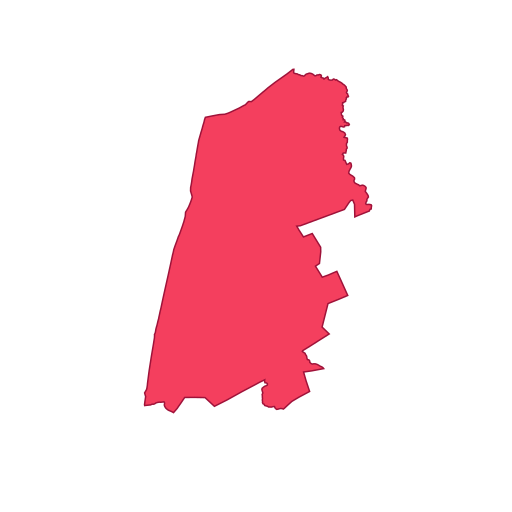 the district of Kapseret, Rift Valley, Kenya, rotated 43°
{"feature_id": "3690345B11020389245436", "entity_name": "Kapseret", "entity_type": "district", "adm_level": 2, "iso_a3": "KEN", "parent_name": "Kenya", "parent_adm1": "Rift Valley", "projection": "orthographic", "projection_center": [35.238, 0.421], "detail": "fine", "context": "isolated", "style": "filled", "palette": "rose", "viewbox_px": 512, "rotation_deg": 43, "n_neighbors": 0, "source": "geoboundaries", "source_scale": "gbopen_adm2", "svg_char_len": 5546}
<svg xmlns="http://www.w3.org/2000/svg" viewBox="0 0 512 512"><g transform="rotate(43 256 256)"><path d="M304.4,140.5L303.3,141.3L302.6,142.1L301.4,143.1L300.3,142.7L299.7,141.3L299.5,140.0L298.6,139.2L298.2,137.8L298.0,136.2L296.9,135.4L295.7,135.0L294.0,134.6L292.0,134.3L291.2,133.1L290.6,131.8L290.0,131.0L289.1,130.7L287.8,130.7L286.3,131.1L285.4,131.7L284.7,132.9L283.8,134.0L282.4,133.9L281.5,134.4L280.4,134.6L279.1,135.1L277.6,135.0L276.3,134.3L275.6,132.4L274.6,131.6L273.5,131.6L272.3,131.6L270.5,132.0L268.9,132.3L267.3,132.2L266.2,130.5L265.5,128.1L265.2,126.6L264.5,125.1L263.1,124.0L262.1,123.4L261.0,123.8L260.8,125.6L259.9,127.1L258.2,126.4L255.9,125.4L254.6,126.1L253.7,125.3L252.2,123.2L251.0,122.7L249.9,122.8L249.6,121.3L250.4,120.3L251.4,119.5L250.6,118.2L250.1,117.3L249.2,116.3L249.1,115.0L248.3,114.2L247.3,113.9L246.4,113.1L245.5,112.1L245.2,110.5L244.0,109.2L243.4,108.3L242.4,107.5L241.4,108.0L240.3,108.7L239.4,109.1L239.2,107.8L238.8,106.3L237.1,105.5L235.6,105.7L234.5,105.9L233.7,106.5L232.5,106.7L231.5,106.8L230.5,106.2L229.7,105.5L229.2,104.3L229.6,103.3L230.6,102.7L231.9,102.1L232.6,101.1L232.0,100.1L233.1,99.0L233.8,98.1L234.6,97.5L234.7,96.3L233.5,95.8L232.4,96.0L231.6,96.8L230.1,96.8L229.3,97.6L228.9,96.5L228.0,96.0L226.8,96.9L226.1,95.9L224.6,95.7L224.2,94.5L222.8,94.7L221.6,93.9L220.4,92.9L221.0,92.0L220.9,90.5L220.2,89.4L218.9,88.5L217.9,87.6L217.5,86.7L216.4,86.9L215.8,86.0L214.8,84.8L215.5,84.1L215.5,83.0L216.1,81.9L215.2,80.6L214.9,79.4L214.1,78.7L214.0,77.7L214.8,77.1L214.7,76.1L213.4,75.7L212.6,75.0L211.4,75.1L210.5,74.6L210.1,72.9L209.1,72.2L207.9,72.0L206.7,70.9L205.5,70.8L204.0,70.7L202.4,71.0L201.0,71.0L199.8,71.2L198.5,71.5L197.3,71.9L195.8,72.1L194.7,72.1L194.1,73.1L192.9,73.2L191.9,73.8L191.8,75.2L190.9,76.3L189.6,77.2L188.4,77.5L187.4,76.5L186.1,76.0L185.8,77.4L185.3,78.7L185.0,80.2L183.8,80.0L182.8,80.6L181.5,80.9L181.1,79.7L179.9,79.3L178.7,79.9L178.1,81.1L177.1,82.0L176.9,83.2L176.3,84.0L174.8,84.2L173.5,84.3L172.2,84.7L171.1,85.3L170.2,86.0L169.6,87.2L168.7,88.7L168.5,89.9L168.6,91.0L168.2,92.0L166.7,92.6L165.9,93.4L164.6,93.6L163.3,94.4L161.9,94.7L160.8,95.5L159.3,96.3L158.3,96.1L157.4,94.9L156.4,93.6L155.7,94.3L154.5,101.7L153.3,107.5L151.8,114.6L151.6,115.6L151.4,116.7L150.2,124.0L150.0,125.2L149.9,126.5L149.5,130.0L149.3,131.0L149.2,132.1L148.8,135.4L147.9,143.1L147.3,146.3L145.4,147.8L145.1,149.0L145.1,150.7L145.1,152.7L144.5,154.1L143.7,156.5L143.3,157.8L142.8,159.3L139.3,168.0L138.7,169.4L138.1,170.7L136.5,173.6L132.9,177.4L132.0,178.6L128.1,183.9L124.4,189.1L125.4,191.4L126.3,192.9L127.0,194.2L127.7,195.7L128.7,197.7L129.5,199.1L130.0,200.1L130.9,201.9L131.7,203.6L132.2,204.5L135.0,210.0L135.6,211.1L136.2,211.9L138.3,215.2L140.0,217.8L140.8,219.0L142.0,220.8L142.5,221.7L143.2,222.7L144.4,224.4L144.9,225.2L145.8,226.6L147.1,228.6L149.7,232.4L150.2,233.2L150.8,234.1L152.2,236.2L152.8,237.1L153.4,238.1L156.7,243.3L158.3,245.5L159.1,246.7L159.9,247.9L161.5,250.5L163.0,252.2L163.8,253.1L165.7,254.2L168.4,255.8L169.3,256.6L170.5,259.1L171.4,261.2L171.8,262.2L172.3,263.5L173.3,266.2L174.0,269.0L174.6,272.0L177.2,275.2L178.2,277.0L178.7,278.0L179.9,280.2L180.7,282.0L181.6,283.9L183.9,289.2L185.1,292.0L185.7,293.6L186.0,294.7L187.6,298.3L189.6,303.1L190.2,304.5L190.9,306.0L191.4,307.2L192.5,309.0L193.5,310.7L194.1,311.9L194.9,313.2L199.1,320.2L202.6,326.1L204.9,330.0L211.4,341.1L216.0,348.9L218.8,353.6L222.0,358.9L223.8,362.1L226.1,365.9L226.6,366.8L227.4,368.0L228.6,370.3L230.2,373.1L231.0,374.5L231.5,375.6L232.7,377.8L234.5,380.5L235.0,381.7L235.3,382.7L236.1,383.4L237.6,385.2L241.3,390.7L243.6,394.2L247.9,400.7L251.9,406.6L255.7,412.2L257.6,414.9L263.7,423.4L264.6,424.5L265.9,426.4L266.6,427.5L267.1,428.6L267.9,432.1L271.2,434.1L272.0,435.3L273.0,436.7L273.8,437.9L274.9,439.4L275.7,440.6L276.6,441.3L277.4,440.3L278.1,439.5L279.3,438.1L280.4,436.9L281.1,435.2L282.3,434.1L282.8,432.9L283.0,431.8L283.7,430.5L284.9,428.9L286.1,427.9L287.2,426.6L288.1,425.4L289.5,425.9L290.5,427.5L291.7,428.2L293.0,428.6L294.1,428.8L296.2,428.7L297.5,428.4L299.6,427.6L300.9,427.2L302.5,426.8L302.3,421.2L301.9,418.8L301.4,415.0L300.3,408.1L307.7,401.1L315.3,394.3L328.1,394.3L333.0,381.0L338.3,364.6L343.3,350.2L344.7,346.0L346.8,340.6L347.4,341.5L349.0,342.6L350.2,341.7L351.4,341.6L352.3,342.6L351.9,344.0L351.2,345.3L350.9,346.8L350.7,348.6L351.4,349.7L352.7,350.5L354.4,351.5L355.0,353.2L356.0,353.9L356.9,354.9L358.0,355.8L358.8,357.0L360.1,358.0L360.7,358.8L361.9,359.3L363.1,358.9L364.3,359.4L365.5,358.8L366.9,358.1L368.3,357.8L369.1,357.0L370.3,356.0L371.2,354.5L372.2,353.5L373.4,354.1L374.5,354.2L375.7,354.1L376.5,353.1L377.1,352.0L378.1,350.6L379.4,349.7L380.4,349.3L380.6,348.1L380.9,343.5L381.4,337.8L381.8,336.4L383.7,329.9L387.6,318.5L377.5,313.0L369.9,308.4L375.0,302.1L382.3,292.2L381.1,292.0L379.7,292.2L378.1,292.8L376.6,293.1L375.2,293.4L373.9,293.9L372.8,294.5L371.6,295.6L370.9,296.6L369.6,297.1L367.8,297.1L367.0,296.2L365.5,295.9L364.2,296.7L362.8,295.9L361.7,295.0L360.8,294.5L359.5,294.3L358.2,293.7L356.7,294.0L355.0,294.2L354.7,293.3L357.1,284.6L359.5,275.3L362.7,263.1L352.8,262.9L341.1,241.7L345.9,231.5L350.0,222.3L336.9,216.8L325.6,212.1L324.1,215.4L321.9,220.5L318.9,226.3L306.4,222.9L307.5,218.2L300.5,208.8L297.3,205.5L281.8,201.2L277.7,209.7L269.7,207.7L265.4,206.4L267.8,203.6L288.9,161.6L287.6,153.6L287.4,150.9L288.6,149.1L292.8,151.0L301.6,160.0L302.7,157.4L308.2,145.8L307.5,144.2L308.2,143.0L307.1,141.7L306.3,140.4L305.4,140.0L304.4,140.5Z" fill="#f43f5e" stroke="#9f1239" stroke-width="1.5"/></g></svg>